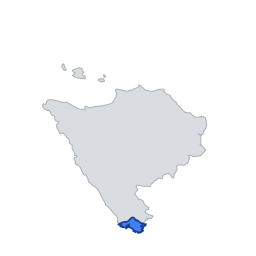 Spain, with La Coruña highlighted, rotated 232°
{"feature_id": "ESP-5827", "entity_name": "La Coruña", "entity_type": "Autonomous Community", "adm_level": 1, "iso_a3": "ESP", "parent_name": "Spain", "parent_adm1": "", "projection": "albers", "projection_center": [-8.526, 43.162], "detail": "fine", "context": "in_parent", "style": "filled", "palette": "blue", "viewbox_px": 256, "rotation_deg": 232, "n_neighbors": 0, "source": "natural_earth", "source_scale": "10m", "svg_char_len": 6683}
<svg xmlns="http://www.w3.org/2000/svg" viewBox="0 0 256 256"><g transform="rotate(232 128 128)"><path d="M132.4,64.2L132.5,64.8L133.6,65.8L136.7,66.3L137.5,66.7L137.5,68.3L136.9,69.7L137.6,70.2L138.3,70.2L139.1,69.0L139.3,69.7L140.8,70.2L144.0,71.2L146.2,71.2L148.6,73.4L152.2,72.6L155.8,74.6L158.8,73.8L159.5,74.2L164.3,73.7L164.4,71.8L164.9,70.9L173.5,72.6L174.7,74.2L174.6,75.0L175.3,76.9L176.3,76.7L178.4,75.3L181.4,76.3L182.3,77.4L182.9,77.4L184.9,76.0L190.8,76.6L190.9,75.7L191.3,75.3L193.6,74.2L194.6,73.9L197.7,74.0L198.3,75.1L198.9,75.4L199.3,76.3L197.6,77.1L197.6,78.8L198.9,80.0L199.4,82.4L196.7,85.9L188.4,92.3L185.9,95.7L179.4,98.2L172.7,101.3L169.0,105.9L170.1,106.1L171.5,107.4L171.1,108.0L169.4,109.2L167.8,109.7L165.3,115.1L161.6,120.8L160.3,123.4L157.5,129.9L157.7,131.7L159.9,137.6L161.1,139.1L162.5,140.4L165.2,141.2L166.0,142.3L165.2,143.5L162.8,145.7L158.6,148.7L156.9,150.9L156.7,152.9L155.5,154.0L155.2,156.8L153.8,160.8L153.8,161.8L155.3,163.0L154.0,164.0L147.0,165.0L142.9,168.4L141.0,171.2L139.4,176.3L137.2,179.4L136.2,180.1L134.5,178.9L132.4,178.9L130.4,179.4L129.4,180.5L127.8,181.2L126.2,180.8L122.7,180.8L121.2,180.9L118.8,181.9L116.7,181.5L113.2,181.4L105.7,182.5L104.8,182.8L101.6,186.3L97.9,186.6L94.6,188.1L92.5,191.4L92.1,193.2L91.5,192.8L91.0,192.9L90.7,194.3L88.5,195.2L85.8,194.2L83.6,192.6L82.5,192.6L80.6,190.1L79.7,188.5L79.1,186.8L79.1,185.6L77.4,184.9L77.0,183.3L78.1,181.3L79.6,180.1L78.2,180.2L77.2,181.6L75.8,179.5L70.2,175.4L70.5,174.0L69.6,175.1L68.9,175.4L66.1,175.3L62.9,175.8L61.5,168.8L62.3,166.3L65.8,161.4L68.0,160.7L68.9,158.2L66.8,158.4L63.5,153.6L64.3,149.1L67.4,145.8L67.9,144.4L68.0,143.1L67.4,142.3L65.6,141.8L63.8,138.3L63.4,136.1L61.9,134.9L60.6,132.7L61.7,132.4L66.2,132.3L67.3,131.7L68.1,130.2L68.9,127.8L69.1,126.3L67.3,124.3L67.2,123.8L67.4,123.1L70.1,120.7L69.5,119.0L69.9,115.3L69.6,113.2L69.3,111.4L68.3,109.2L68.9,108.2L70.3,107.4L71.4,105.5L73.0,103.9L75.1,102.6L77.5,99.8L77.1,98.6L76.2,98.0L73.1,97.5L72.9,97.0L72.8,94.0L72.0,92.8L70.9,93.0L69.2,92.5L68.8,92.9L66.7,92.8L65.2,92.3L64.6,92.8L64.4,93.8L61.9,94.9L60.5,94.9L58.1,94.0L55.5,94.3L55.2,94.1L52.9,95.3L52.2,95.4L51.2,93.9L52.4,91.8L51.4,89.8L50.7,89.7L46.5,91.2L44.1,93.1L43.1,93.4L42.7,93.0L42.6,90.3L45.2,87.3L43.6,87.1L43.7,86.3L44.7,84.9L43.6,83.9L43.7,81.0L41.4,81.9L40.8,81.8L40.8,80.6L42.2,78.2L40.7,77.9L39.6,77.0L38.3,75.1L38.3,74.0L39.0,71.6L41.0,70.5L42.9,68.9L45.5,69.2L49.5,67.8L50.8,67.0L50.8,66.0L50.3,65.3L50.7,64.6L53.9,62.6L55.8,62.3L57.7,61.3L59.0,62.0L60.2,61.7L61.5,62.5L63.3,64.2L65.8,64.9L67.8,64.3L78.2,63.9L81.1,62.9L83.4,63.9L87.8,64.3L90.5,65.1L97.9,66.2L100.6,66.1L105.9,64.4L107.3,64.7L109.4,63.8L110.5,63.9L111.9,64.9L116.7,66.0L117.8,64.7L118.7,64.4L122.1,64.9L125.7,66.1L127.4,66.1L130.0,65.5L132.4,64.2ZM203.3,119.7L204.6,120.1L205.9,119.4L206.6,119.4L207.4,119.6L207.7,120.7L205.6,126.5L203.5,128.2L201.0,127.4L199.6,127.3L199.2,126.9L198.6,125.2L197.9,124.8L197.0,124.7L195.4,126.2L194.8,125.4L193.9,125.4L193.5,124.9L193.4,124.1L198.3,119.2L199.8,118.1L203.0,116.6L203.6,116.7L203.2,117.4L203.7,117.9L203.3,119.7ZM218.5,115.2L218.2,116.8L213.8,115.4L212.4,115.4L212.1,115.2L212.0,113.6L214.7,113.0L217.0,113.4L218.5,115.2ZM182.5,137.7L182.1,138.8L180.0,138.7L179.5,138.3L179.8,137.0L180.4,136.8L180.3,136.0L180.8,135.0L183.7,134.0L184.4,134.5L184.6,135.3L183.1,137.4L182.5,137.7ZM185.0,141.7L184.7,142.0L182.5,142.0L182.3,141.3L182.7,140.3L183.6,141.2L184.9,141.2L185.0,141.7Z" fill="#d9dde1" stroke="#a8b0b8" stroke-width="1"/><path d="M44.7,80.1L44.5,80.4L44.4,80.7L44.2,80.9L44.0,81.0L43.8,80.9L43.6,80.6L43.5,80.4L43.3,80.2L43.1,80.6L43.1,80.8L43.2,81.0L42.9,81.4L42.8,81.5L42.6,81.3L42.7,81.1L42.1,81.5L42.2,81.8L41.6,82.0L41.5,82.5L41.4,82.5L41.1,82.9L40.9,82.6L40.9,82.3L40.8,82.0L40.5,81.9L40.3,81.7L40.4,81.3L40.6,80.8L40.7,80.6L40.7,80.4L40.8,80.1L40.9,79.8L41.0,79.6L41.1,79.4L41.3,79.3L41.4,79.2L41.7,79.0L42.1,78.6L42.2,78.4L42.6,78.3L42.6,78.2L42.7,77.9L42.7,77.6L42.4,77.5L42.4,77.9L42.2,78.1L41.9,78.3L41.5,78.3L40.9,78.2L40.6,78.3L40.7,78.5L40.4,78.9L40.2,78.9L39.8,78.7L39.7,78.5L39.6,78.2L39.5,77.9L39.8,77.9L40.0,77.6L39.9,77.4L39.7,77.3L39.5,77.2L39.4,77.0L39.4,76.8L39.4,76.7L39.5,76.5L39.5,76.4L39.6,76.2L39.2,76.0L39.1,75.9L38.9,75.6L38.8,75.8L38.6,76.0L38.5,75.7L38.4,75.7L38.3,75.8L38.2,75.9L38.1,76.0L37.9,76.4L37.8,76.5L37.7,76.1L37.5,75.9L37.6,75.7L37.9,75.0L37.9,74.9L38.0,74.6L38.1,74.4L37.8,74.1L37.7,73.7L37.8,73.6L38.0,73.6L38.1,73.4L38.2,73.1L38.3,73.0L38.5,72.9L38.5,72.7L38.7,72.8L38.9,72.9L39.0,72.8L39.2,72.7L39.3,72.6L39.4,72.4L39.5,72.3L39.7,72.2L39.9,72.2L39.7,72.2L39.4,72.3L39.2,72.2L38.8,72.3L38.6,72.3L38.5,72.0L39.1,71.4L39.5,71.2L40.0,71.4L40.5,71.3L40.8,71.1L41.0,71.0L41.1,70.8L41.2,70.5L41.5,70.7L41.8,70.7L42.2,70.6L42.4,70.4L42.1,70.4L41.8,69.9L41.7,69.9L41.5,69.7L42.2,69.5L42.7,69.1L43.1,69.0L43.2,68.9L43.3,68.8L43.5,68.7L43.6,68.8L44.0,69.2L44.2,69.3L44.5,69.4L45.0,69.5L45.5,69.4L46.0,69.2L46.5,69.0L46.9,69.2L47.6,68.9L47.7,68.7L47.8,68.5L47.9,68.4L48.2,68.4L48.3,68.3L48.3,68.2L49.1,68.0L49.2,68.4L49.5,68.6L49.7,68.4L49.7,67.9L49.8,67.6L50.0,67.7L50.4,67.9L50.6,68.0L50.7,68.3L50.8,68.5L51.1,68.8L51.2,69.0L51.3,69.2L51.4,68.7L51.3,68.2L51.3,67.9L51.4,67.7L51.5,67.6L51.7,67.4L51.3,67.3L50.8,67.3L50.6,67.2L50.3,66.9L50.1,66.8L50.3,66.6L51.6,66.5L51.7,66.4L51.8,66.4L51.8,66.2L51.5,66.2L50.7,66.4L50.8,66.3L50.9,66.2L50.7,66.1L50.6,66.3L50.3,66.5L49.8,66.5L49.8,66.2L49.9,65.8L50.0,65.6L50.3,65.4L50.2,65.3L50.1,65.2L50.0,64.8L50.3,64.9L50.7,64.9L51.0,64.7L52.8,63.2L52.9,63.4L53.0,63.5L53.3,63.5L53.2,63.5L53.1,63.4L53.3,63.2L53.0,63.0L53.0,62.9L53.1,62.7L53.2,62.3L53.4,62.3L53.8,62.3L54.2,62.2L54.5,62.0L54.8,61.7L55.1,61.3L55.4,61.4L55.6,61.6L55.7,61.9L55.9,62.2L55.9,62.3L55.8,62.2L55.7,62.2L55.5,62.3L55.5,62.5L55.4,62.8L55.3,62.7L55.2,62.8L55.1,63.0L55.7,63.0L55.8,62.9L55.6,62.5L55.7,62.4L55.9,62.4L56.2,62.5L56.2,62.3L56.3,62.1L56.5,61.9L56.8,61.7L57.3,61.6L57.5,61.4L57.8,61.1L57.8,60.9L58.0,60.9L58.1,61.0L58.0,61.3L57.8,61.7L57.8,61.9L57.6,62.9L57.8,63.3L57.4,63.7L57.4,63.9L57.4,64.2L57.4,64.4L57.4,64.5L57.1,64.8L57.0,65.0L57.2,65.4L57.2,65.5L56.7,66.8L56.4,67.0L56.3,67.4L56.2,67.6L55.5,67.6L55.4,68.7L55.3,68.9L54.8,69.4L54.8,69.6L54.8,69.8L54.9,70.1L54.5,71.4L55.0,73.1L54.9,73.2L54.9,73.3L54.8,73.5L54.8,73.8L55.2,74.9L55.2,75.3L55.1,75.8L54.8,76.4L54.7,76.5L54.3,76.7L54.0,77.3L53.6,77.5L53.4,77.6L51.8,77.2L51.6,77.3L51.4,77.6L51.2,77.7L50.8,77.5L50.7,77.6L50.3,77.8L50.2,77.8L50.1,77.7L50.0,77.4L49.9,77.4L49.7,77.4L49.7,77.5L49.8,78.0L49.7,78.3L49.7,78.5L49.0,78.4L48.6,78.9L48.3,79.2L48.2,79.2L47.6,78.9L46.6,79.1L46.4,79.3L46.3,79.5L45.8,79.5L44.9,79.8L44.7,80.1Z" fill="#3b82f6" stroke="#1e3a8a" stroke-width="1.5"/></g></svg>